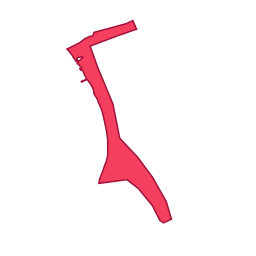 Vieux Fort/Laborie Highway, Vieux Fort, Saint Lucia (orthographic projection), rotated 65°
{"feature_id": "8701671B74160923345613", "entity_name": "Vieux Fort/Laborie Highway", "entity_type": "district", "adm_level": 2, "iso_a3": "LCA", "parent_name": "Saint Lucia", "parent_adm1": "Vieux Fort", "projection": "orthographic", "projection_center": [-60.966, 13.732], "detail": "fine", "context": "isolated", "style": "filled", "palette": "rose", "viewbox_px": 256, "rotation_deg": 65, "n_neighbors": 0, "source": "geoboundaries", "source_scale": "gbopen_adm2", "svg_char_len": 2291}
<svg xmlns="http://www.w3.org/2000/svg" viewBox="0 0 256 256"><g transform="rotate(65 128 128)"><path d="M27.0,118.4L29.5,121.0L28.8,124.4L28.8,129.2L30.3,135.9L30.7,150.0L31.2,149.8L32.5,149.4L33.6,149.1L33.9,149.0L34.8,148.7L35.8,148.5L36.7,148.3L36.9,148.2L37.1,148.2L37.5,148.1L38.0,148.0L38.6,147.9L39.1,147.8L39.4,147.8L39.8,147.7L40.3,147.7L41.0,147.6L41.9,147.5L42.3,147.5L42.5,147.4L43.5,147.2L44.0,147.2L45.1,147.1L45.3,147.0L45.7,146.9L46.0,146.7L46.4,146.5L46.9,146.2L47.0,145.9L46.9,145.7L46.4,145.8L46.0,145.9L45.7,145.8L45.6,145.6L45.7,145.4L45.7,145.1L45.6,144.9L43.6,145.2L43.3,145.1L43.1,144.7L43.0,144.1L43.1,143.4L43.2,142.7L43.4,142.1L43.5,141.6L43.7,141.1L44.1,139.8L44.4,139.5L44.8,138.9L44.9,139.1L45.5,141.0L45.6,141.4L46.0,142.2L46.2,142.6L46.4,143.3L46.4,144.4L46.4,144.8L46.6,145.0L47.0,145.2L47.1,145.7L47.5,146.4L47.9,146.7L48.4,146.8L48.9,146.4L49.1,146.0L49.5,145.7L50.5,145.8L53.0,144.8L53.6,144.7L54.0,144.7L54.7,145.3L55.0,145.6L55.1,145.8L54.8,146.0L54.6,146.1L54.1,146.1L53.8,146.3L53.7,146.5L53.9,146.6L54.6,146.5L55.5,146.5L55.7,146.4L55.8,145.6L56.4,145.1L56.7,144.9L57.1,144.9L57.6,144.8L58.6,144.9L59.7,144.8L60.6,145.0L61.7,145.0L63.7,144.8L66.0,144.7L66.2,146.4L66.1,149.0L66.0,150.6L66.7,150.7L66.7,148.3L66.8,146.0L66.8,144.6L67.9,144.2L69.1,144.1L70.9,143.7L72.8,143.3L74.1,143.2L76.3,143.2L77.3,143.1L78.5,143.2L79.4,143.3L80.6,143.8L82.1,144.3L83.6,144.3L85.3,144.1L86.5,143.9L88.3,143.7L89.2,143.7L90.1,143.7L92.1,144.0L93.0,144.1L94.0,144.1L96.4,144.0L99.6,144.2L102.2,144.5L103.0,144.7L106.6,145.4L109.9,146.0L113.9,146.9L115.9,147.4L117.9,147.8L122.5,149.0L122.8,149.0L123.0,149.2L125.4,149.9L127.9,150.7L130.7,151.7L134.0,153.3L138.1,155.1L140.0,156.0L142.1,156.9L143.8,157.9L145.4,158.8L147.4,160.5L149.0,161.7L151.1,164.0L153.4,166.3L155.9,168.6L157.9,170.7L159.7,172.7L160.7,173.6L161.8,174.8L162.4,175.3L163.0,175.7L163.7,176.4L164.4,176.9L165.3,177.3L165.9,177.8L174.4,150.8L187.3,144.2L208.7,138.7L225.2,138.2L229.0,135.8L229.0,127.4L229.0,127.1L222.2,126.1L210.8,124.4L183.0,126.6L158.9,131.5L138.1,138.4L133.7,139.8L123.1,137.2L99.9,131.5L73.9,130.4L60.8,129.9L37.8,127.7L38.2,122.5L40.0,99.0L41.4,84.8L42.1,78.5L32.7,78.2L32.7,78.3L32.7,85.3L28.1,111.9L27.0,118.4Z" fill="#f43f5e" stroke="#9f1239" stroke-width="1.5"/></g></svg>